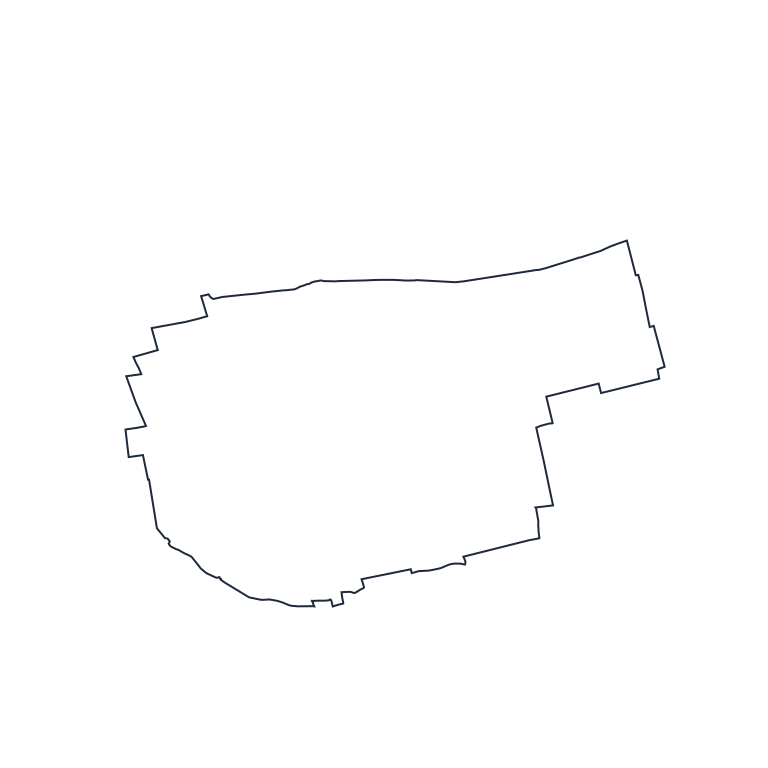 outline of Viisoara, Botosani, Romania, rotated 125°
{"feature_id": "2599482B94706495539971", "entity_name": "Viisoara", "entity_type": "district", "adm_level": 2, "iso_a3": "ROU", "parent_name": "Romania", "parent_adm1": "Botosani", "projection": "orthographic", "projection_center": [26.762, 48.16], "detail": "fine", "context": "isolated", "style": "outline", "palette": "slate", "viewbox_px": 768, "rotation_deg": 125, "n_neighbors": 0, "source": "geoboundaries", "source_scale": "gbopen_adm2", "svg_char_len": 3454}
<svg xmlns="http://www.w3.org/2000/svg" viewBox="0 0 768 768"><g transform="rotate(125 384 384)"><path d="M525.5,599.6L541.5,576.8L554.9,554.9L556.7,556.4L560.1,559.8L561.9,561.5L564.0,563.8L564.8,564.7L565.8,565.6L567.1,567.1L568.2,568.3L568.8,568.8L569.6,569.6L590.3,551.2L580.5,540.7L597.7,522.4L597.1,521.6L632.4,487.3L635.9,475.0L635.4,474.1L634.9,473.1L634.9,471.8L635.3,470.9L635.7,469.5L635.9,469.1L636.6,469.1L637.6,468.7L638.3,468.8L638.8,467.8L639.2,466.5L639.3,464.9L639.2,464.2L638.9,462.0L638.5,459.5L637.7,457.0L637.7,456.6L637.7,456.2L637.6,455.2L637.6,454.1L637.0,449.2L636.4,446.6L636.2,444.3L635.9,443.0L636.4,440.9L637.7,436.6L638.8,432.6L639.4,430.8L639.8,429.7L640.2,428.2L640.3,427.1L640.8,421.3L640.4,418.4L640.1,417.0L639.8,415.2L639.4,412.9L639.3,412.0L639.2,411.5L638.9,410.8L638.8,410.4L638.7,409.9L638.3,409.4L637.6,408.9L637.3,408.8L636.8,408.4L636.7,408.1L636.7,407.7L637.1,407.3L637.4,407.0L637.5,406.7L637.4,406.4L637.2,405.9L637.2,405.7L637.5,405.5L637.8,405.3L638.0,404.9L637.9,404.7L637.9,404.1L638.0,403.6L638.0,401.7L638.0,400.4L637.9,398.9L637.3,389.9L636.9,383.9L636.5,377.2L636.1,372.0L635.3,370.1L634.2,367.7L632.9,364.5L631.3,361.0L630.2,359.3L627.9,356.4L626.1,354.1L624.9,351.5L622.7,346.7L621.1,341.6L619.7,335.0L618.8,332.7L615.7,327.3L607.0,315.1L606.2,313.6L605.8,314.3L605.1,315.3L604.3,316.4L603.6,317.1L603.3,317.8L603.2,318.5L603.2,319.5L602.9,318.5L601.6,316.6L599.8,314.4L594.6,307.1L592.5,304.9L592.1,304.9L591.3,304.4L591.2,304.0L591.8,302.8L592.2,302.2L594.2,300.0L595.6,298.3L591.4,295.1L587.2,291.5L586.2,292.3L583.3,295.4L578.9,299.4L576.5,296.3L573.5,292.3L573.0,290.8L572.6,289.1L572.0,288.2L570.9,287.5L568.8,286.6L566.1,285.5L564.1,284.3L562.5,283.7L561.8,283.9L558.9,287.6L556.8,290.4L520.4,255.8L523.0,252.8L517.2,248.0L514.0,243.9L511.2,240.3L507.3,236.5L502.4,232.0L497.7,229.1L494.2,226.8L491.0,223.7L489.0,220.9L487.2,218.1L485.5,214.1L484.7,214.3L484.0,214.7L483.0,215.2L482.3,216.1L481.3,217.6L479.9,219.9L429.5,176.2L427.1,174.0L425.0,171.8L421.2,168.3L415.8,173.1L413.6,174.7L411.2,176.7L408.1,178.7L406.1,180.5L405.3,181.5L403.7,183.0L401.6,185.1L400.0,186.7L399.2,187.5L398.7,188.1L398.3,188.6L398.2,189.0L386.5,175.9L377.0,186.1L354.8,209.7L332.4,234.3L328.2,231.5L321.5,225.9L319.8,223.6L319.3,223.4L301.3,243.8L260.5,208.4L266.9,201.0L221.8,161.6L215.1,168.3L208.9,164.0L181.7,196.4L184.9,199.0L170.5,214.2L159.3,225.7L148.8,238.3L150.5,240.1L127.2,267.3L135.4,273.3L137.8,274.9L141.1,277.2L144.1,279.0L146.3,280.3L149.0,281.9L150.9,283.0L152.9,284.5L156.7,287.4L159.6,289.6L163.0,292.2L165.2,293.8L167.2,295.3L169.1,297.2L169.7,297.6L169.9,297.7L170.0,297.7L188.2,311.7L196.4,318.0L201.5,322.4L203.4,324.8L222.3,344.4L254.0,377.4L259.6,383.8L280.2,416.9L281.5,418.2L287.0,425.8L289.5,430.0L293.4,436.2L300.9,446.9L305.9,453.6L308.9,457.4L325.4,479.8L328.0,483.0L334.2,492.3L335.3,495.0L335.5,495.2L336.1,495.9L337.7,497.4L338.5,498.2L339.4,499.2L340.6,500.2L342.4,501.6L344.3,502.4L345.3,503.0L346.5,504.5L347.9,505.2L349.8,506.6L352.3,508.5L353.3,509.1L354.8,509.8L356.4,510.7L357.9,511.7L361.6,516.0L362.9,517.4L364.8,519.9L368.2,523.8L372.7,529.0L376.5,533.2L384.0,541.4L390.0,548.6L395.5,554.9L396.0,555.5L405.5,566.4L412.2,572.5L412.5,574.1L412.2,576.8L411.2,579.1L416.9,584.2L429.9,567.7L437.5,573.9L446.9,582.1L471.5,606.4L486.0,588.8L505.6,604.8L509.0,599.2L511.8,593.7L513.9,590.4L515.2,588.5L525.5,599.6Z" fill="none" stroke="#1e293b" stroke-width="2"/></g></svg>